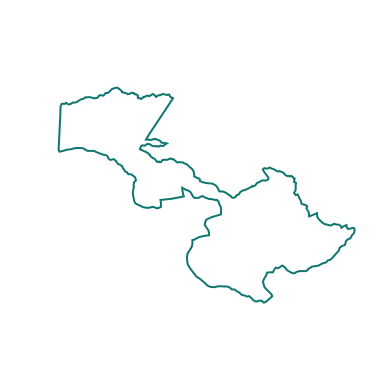 Belgut, Rift Valley, Kenya, rotated 214°
{"feature_id": "3690345B57157078015490", "entity_name": "Belgut", "entity_type": "district", "adm_level": 2, "iso_a3": "KEN", "parent_name": "Kenya", "parent_adm1": "Rift Valley", "projection": "albers", "projection_center": [35.283, -0.399], "detail": "fine", "context": "isolated", "style": "outline", "palette": "teal", "viewbox_px": 384, "rotation_deg": 214, "n_neighbors": 0, "source": "geoboundaries", "source_scale": "gbopen_adm2", "svg_char_len": 6070}
<svg xmlns="http://www.w3.org/2000/svg" viewBox="0 0 384 384"><g transform="rotate(214 192 192)"><path d="M104.3,133.5L102.5,135.0L99.4,134.7L97.4,135.1L95.2,134.9L93.5,134.6L92.8,134.6L90.8,135.6L88.1,136.0L86.3,137.7L81.2,136.8L79.1,136.5L76.7,137.7L75.6,139.5L73.2,140.9L71.2,140.3L70.1,140.9L68.9,143.7L67.2,150.5L68.5,151.4L70.4,151.9L76.7,153.1L78.8,153.8L79.5,154.2L82.1,156.6L82.9,157.1L83.6,159.4L83.8,161.6L83.8,164.5L84.8,167.0L82.3,169.2L80.0,170.6L80.4,173.3L80.3,176.1L78.4,176.7L77.1,178.7L76.1,181.5L73.7,181.5L71.4,181.1L69.8,180.3L64.5,180.7L63.5,180.9L61.5,181.9L60.7,184.1L58.7,186.5L54.1,189.5L52.7,191.1L52.5,193.3L51.1,196.2L50.7,197.4L46.5,201.0L43.4,206.5L41.5,208.5L41.2,211.2L39.6,212.9L38.9,215.2L38.2,220.9L37.8,222.8L37.5,225.2L38.4,228.4L37.4,231.2L35.6,233.5L36.9,237.8L36.2,240.3L34.8,242.1L35.2,245.7L34.7,248.7L35.7,251.0L37.0,252.6L38.5,252.4L40.0,250.5L42.0,248.6L44.2,249.3L45.4,250.9L46.9,248.8L48.1,245.9L49.7,247.0L51.9,247.1L54.0,245.8L56.6,245.0L57.6,242.5L59.5,241.1L61.6,240.6L63.6,239.7L64.5,239.5L66.8,239.5L71.5,240.3L74.5,241.6L76.5,244.3L81.2,237.3L83.8,240.4L88.1,242.5L88.4,244.5L90.7,244.7L92.3,244.1L94.7,243.5L97.2,245.8L99.2,246.7L103.0,249.1L104.3,247.4L106.9,248.2L106.9,249.8L107.3,251.8L110.2,256.1L110.9,257.7L113.1,257.4L113.6,259.0L114.2,259.5L114.4,260.3L114.9,259.9L115.7,260.4L116.8,260.9L117.8,260.9L118.9,260.7L119.2,259.8L121.3,259.3L121.7,258.7L122.6,258.4L123.8,258.2L126.9,259.1L130.5,258.4L131.5,258.2L131.9,257.2L132.9,256.9L136.5,256.6L137.9,256.4L139.1,255.9L139.8,255.9L140.7,256.0L141.4,255.6L141.7,254.8L142.3,254.0L143.7,252.8L145.4,252.2L145.9,250.3L143.6,249.1L138.5,247.3L136.6,246.5L135.8,245.3L136.6,243.7L137.6,242.4L139.8,241.3L140.6,240.4L141.0,239.3L142.4,236.8L142.9,236.3L143.2,235.6L143.1,234.9L143.3,232.9L143.6,232.2L144.1,231.6L144.5,230.7L145.5,230.6L145.4,229.9L145.7,229.1L146.3,228.4L147.8,225.5L148.3,224.9L149.1,223.2L150.3,222.3L152.0,219.1L151.8,218.0L152.0,217.1L151.8,216.4L152.3,215.4L153.4,213.9L153.1,213.1L153.3,211.6L154.5,210.3L156.1,209.7L157.0,210.1L157.6,210.3L159.9,210.2L162.5,210.4L165.4,210.0L167.1,209.5L167.6,209.0L168.3,208.7L169.0,208.1L169.8,207.8L172.8,209.6L174.9,210.5L176.1,210.7L178.3,210.6L180.7,209.9L183.6,208.2L185.9,207.2L189.0,205.9L190.4,205.8L191.2,205.4L192.5,206.4L192.8,207.1L193.4,207.1L195.7,206.5L196.6,206.5L197.6,206.2L199.0,206.3L199.5,207.3L200.3,207.9L201.6,209.6L203.9,210.8L206.2,211.4L207.2,211.3L209.5,211.8L212.1,212.0L213.6,211.6L215.5,211.3L216.3,211.4L218.0,210.3L218.9,209.9L220.5,208.4L221.5,208.3L226.0,208.8L226.7,208.1L227.4,207.8L228.5,207.9L228.9,207.1L229.5,206.6L230.2,205.2L231.9,203.8L232.6,203.7L234.7,201.4L234.4,200.6L234.3,199.8L234.9,199.0L235.5,198.5L236.4,198.8L237.0,198.5L237.3,197.6L238.2,197.4L239.6,198.1L242.1,198.6L243.5,198.1L244.1,198.4L246.4,198.4L247.1,199.0L247.8,199.4L248.7,199.0L249.5,199.5L250.7,199.7L252.2,199.2L252.9,199.6L254.7,198.9L256.7,198.8L258.3,198.4L259.2,198.4L259.5,199.2L259.5,199.9L259.8,201.5L259.6,202.5L258.1,203.6L257.1,203.9L255.8,207.0L254.5,207.7L253.4,208.0L250.4,208.0L249.1,208.7L247.8,209.8L246.9,209.8L245.9,210.9L245.1,211.0L244.4,211.9L244.3,212.7L242.0,213.7L241.3,214.7L240.9,216.0L240.6,217.4L240.1,218.1L240.9,218.0L241.6,217.3L242.6,217.2L243.4,216.6L244.8,215.9L245.5,216.0L246.4,216.4L247.3,216.5L249.9,216.1L250.6,215.7L252.0,215.6L252.4,214.8L253.2,214.7L254.7,212.6L255.6,211.9L257.2,211.2L258.0,210.6L258.8,210.3L259.4,209.8L259.8,215.2L260.1,259.1L261.8,259.0L262.4,258.6L263.7,259.0L265.3,260.0L265.9,259.7L266.4,258.8L270.6,257.0L271.6,256.4L271.8,255.6L272.3,254.5L272.9,254.1L273.8,253.7L275.0,250.7L275.6,250.8L276.2,251.2L278.0,251.5L279.4,251.2L280.3,248.9L281.1,247.4L282.0,247.4L283.3,246.5L284.6,244.2L285.3,243.8L285.8,241.6L286.2,240.7L288.0,240.5L288.6,239.8L289.5,239.8L290.2,240.7L290.8,241.2L291.0,241.8L292.7,241.8L293.4,241.3L294.4,241.0L295.0,241.6L296.0,241.3L296.6,240.8L297.7,240.4L298.2,239.3L298.7,238.5L299.9,237.2L300.6,237.4L301.5,237.0L302.9,236.8L305.2,235.8L305.9,235.6L306.1,236.2L306.9,236.5L310.6,236.8L312.4,236.6L314.1,235.2L315.8,232.7L316.1,232.1L316.3,230.4L317.2,226.8L318.2,226.4L318.9,225.8L319.2,225.1L319.0,224.0L319.2,222.9L319.7,222.0L320.8,221.8L321.9,221.2L322.7,220.3L323.0,219.5L322.8,218.7L323.1,217.3L325.3,215.0L327.8,214.3L330.5,213.0L332.6,211.3L333.4,210.9L333.8,209.3L334.6,208.0L335.2,207.5L336.2,205.9L338.2,201.6L340.2,199.7L340.9,199.4L341.6,198.0L341.8,197.1L343.3,195.6L344.2,195.4L345.9,195.6L346.5,195.2L346.5,194.3L347.0,193.7L348.0,193.3L349.3,192.1L348.6,189.0L344.4,182.5L326.2,152.4L324.5,151.3L322.8,152.9L319.4,157.0L316.1,159.9L314.3,162.2L312.0,164.1L309.5,165.8L307.1,167.1L305.7,167.6L303.4,167.4L301.5,167.8L298.7,169.6L296.2,171.3L293.6,171.6L288.6,172.7L286.1,173.4L283.8,174.5L281.8,174.3L279.8,172.9L277.6,172.9L275.4,175.4L272.6,175.4L271.1,174.4L269.1,173.9L267.0,174.3L264.6,174.4L262.4,173.0L260.5,172.5L258.9,171.6L256.7,172.0L254.8,171.1L252.4,172.6L250.1,172.6L247.3,172.3L245.0,170.4L245.5,167.8L244.6,165.4L243.1,163.8L242.2,161.6L240.5,158.0L238.1,155.4L234.8,152.2L232.8,151.0L230.1,151.2L223.7,152.2L223.0,152.6L220.9,153.4L218.6,155.2L216.2,157.7L214.1,158.5L212.0,158.8L210.6,160.4L209.4,162.1L211.4,165.3L213.7,167.8L205.3,174.8L196.3,183.7L198.1,185.2L201.2,188.3L202.5,190.1L198.8,190.3L194.7,191.3L192.6,190.9L188.9,188.9L186.9,188.4L185.0,189.6L183.1,191.0L182.2,193.0L180.9,194.5L179.0,194.6L173.9,195.7L171.3,197.3L168.2,198.4L166.8,199.4L164.7,199.0L162.5,197.1L160.1,195.9L157.8,193.4L155.5,189.6L161.5,182.3L163.8,178.7L164.7,176.8L164.0,173.9L162.9,171.7L156.8,169.3L154.9,167.5L153.7,165.5L156.9,162.9L160.4,159.2L162.1,156.7L163.3,153.9L164.8,152.3L163.0,149.8L161.7,147.1L161.4,144.3L161.3,138.5L160.1,135.9L158.8,133.9L157.0,131.6L155.1,129.7L152.4,128.3L149.8,127.2L144.0,125.4L142.5,124.8L140.4,124.3L137.4,124.5L134.0,124.1L131.3,123.9L129.5,123.5L126.4,123.1L125.2,123.3L123.1,123.9L120.5,125.4L119.7,126.1L118.5,127.6L116.6,129.2L109.9,133.3L107.2,133.9L104.3,133.5Z" fill="none" stroke="#0f766e" stroke-width="2"/></g></svg>